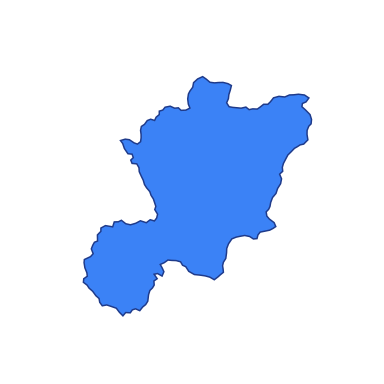 Jeceaba, Minas Gerais, Brazil (Natural Earth projection), rotated 126°
{"feature_id": "56859067B20881442206029", "entity_name": "Jeceaba", "entity_type": "district", "adm_level": 2, "iso_a3": "BRA", "parent_name": "Brazil", "parent_adm1": "Minas Gerais", "projection": "natural_earth1", "projection_center": [-44.042, -20.555], "detail": "fine", "context": "isolated", "style": "filled", "palette": "blue", "viewbox_px": 384, "rotation_deg": 126, "n_neighbors": 0, "source": "geoboundaries", "source_scale": "gbopen_adm2", "svg_char_len": 2739}
<svg xmlns="http://www.w3.org/2000/svg" viewBox="0 0 384 384"><g transform="rotate(126 192 192)"><path d="M66.9,135.7L63.1,137.9L60.0,142.0L58.9,148.4L58.4,153.2L55.5,154.7L52.1,152.7L47.2,152.7L47.4,158.0L50.3,163.3L53.7,167.0L56.2,170.2L60.6,172.8L63.5,177.9L67.9,181.4L72.9,181.6L76.5,182.2L78.9,185.6L82.9,186.7L86.5,187.9L89.1,191.8L91.8,194.2L91.6,198.3L95.3,201.5L97.7,205.6L99.6,208.8L101.2,212.1L99.5,216.4L95.1,217.4L91.6,219.4L87.1,220.9L82.7,222.7L83.2,226.6L85.1,231.3L88.0,235.1L90.4,237.8L92.7,242.0L92.3,246.9L92.4,251.2L97.2,253.9L102.6,255.0L106.8,253.0L111.7,253.0L114.8,252.5L119.2,250.2L123.1,246.6L125.3,243.0L129.4,245.1L132.4,248.9L131.9,252.5L134.4,255.3L135.4,260.1L139.2,263.6L142.9,263.8L145.8,266.0L148.6,264.0L152.6,265.0L156.1,264.3L157.4,268.2L160.5,270.2L165.2,270.2L168.7,271.5L172.3,269.9L175.4,267.0L178.1,265.0L181.5,263.2L185.3,264.3L186.3,267.7L186.5,273.4L188.5,277.1L192.4,280.1L193.5,276.6L196.6,272.2L198.7,266.3L196.6,262.7L198.7,259.7L202.2,260.3L204.1,257.3L201.7,253.2L203.5,249.2L206.6,246.6L209.2,242.0L211.1,238.4L213.9,234.8L215.3,231.2L216.5,226.4L218.8,223.1L220.3,219.2L222.9,215.6L224.9,212.8L228.1,211.8L230.2,206.8L233.8,205.3L237.5,205.4L239.0,209.5L243.7,210.9L245.6,216.8L250.3,219.1L254.7,222.5L256.6,226.9L256.4,232.5L259.4,234.1L261.9,237.3L266.8,235.7L270.1,242.3L274.7,244.5L277.4,242.6L282.3,243.3L287.2,239.6L290.0,241.4L293.4,241.0L297.2,240.0L300.0,235.7L303.9,236.1L307.0,237.8L309.9,239.4L312.6,237.8L316.3,234.1L319.1,229.6L321.7,227.2L325.8,228.6L328.9,226.8L329.0,222.1L330.3,218.7L330.7,214.0L332.4,208.8L332.8,204.6L335.5,201.8L336.8,197.7L333.5,194.6L332.0,189.9L330.5,184.9L332.0,180.0L332.8,175.1L328.5,174.8L326.0,170.9L322.4,171.0L319.7,169.0L318.7,164.5L314.0,164.3L310.3,163.3L306.3,163.6L300.6,166.8L296.4,168.2L292.8,167.6L289.5,167.9L286.4,170.5L282.6,169.2L280.8,174.3L278.2,171.9L277.6,166.8L273.0,167.9L271.0,171.4L269.3,175.1L265.5,172.9L261.2,171.5L259.4,168.4L256.8,164.5L255.2,160.2L256.8,156.6L256.1,153.1L258.1,148.0L257.4,141.6L254.5,136.6L252.1,132.0L250.4,127.5L249.9,122.4L245.1,121.0L242.2,120.4L238.5,119.4L236.0,121.6L233.7,123.9L230.4,125.3L225.9,125.6L220.9,128.3L217.3,130.7L212.5,132.0L206.5,132.2L202.5,129.7L199.4,126.9L196.2,123.8L194.1,119.2L193.9,114.7L191.5,112.0L188.0,113.4L184.4,113.3L180.6,109.8L177.2,106.7L174.0,105.1L170.7,103.9L168.5,107.6L168.4,113.5L167.5,117.3L164.5,120.3L161.0,119.8L157.9,120.4L154.2,122.2L149.1,123.6L143.8,123.2L138.9,124.8L133.2,125.2L128.7,127.3L126.1,131.6L121.9,130.8L119.0,133.4L115.2,134.8L109.9,135.6L105.7,136.2L101.6,135.5L96.5,134.8L93.4,133.4L90.3,132.2L87.6,129.8L81.7,128.9L77.8,132.8L74.5,135.1L70.2,136.2L66.9,135.7Z" fill="#3b82f6" stroke="#1e3a8a" stroke-width="1.5"/></g></svg>